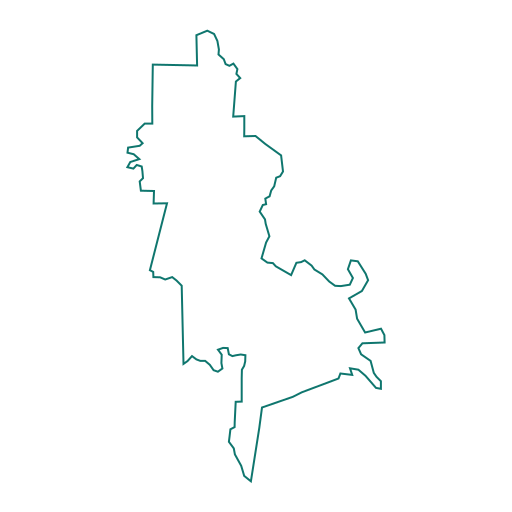 the district of Viadutos, Rio Grande do Sul, Brazil
{"feature_id": "56859067B3456696315271", "entity_name": "Viadutos", "entity_type": "district", "adm_level": 2, "iso_a3": "BRA", "parent_name": "Brazil", "parent_adm1": "Rio Grande do Sul", "projection": "equal_earth", "projection_center": [-51.984, -27.576], "detail": "fine", "context": "isolated", "style": "outline", "palette": "teal", "viewbox_px": 512, "rotation_deg": 0, "n_neighbors": 0, "source": "geoboundaries", "source_scale": "gbopen_adm2", "svg_char_len": 1970}
<svg xmlns="http://www.w3.org/2000/svg" viewBox="0 0 512 512"><path d="M228.9,441.8L233.8,448.4L234.9,454.4L241.2,465.8L244.2,475.9L250.9,481.3L259.3,427.8L262.0,407.5L292.9,396.8L301.8,392.3L338.5,378.5L340.4,373.5L352.2,374.9L350.0,368.3L358.4,369.7L365.5,375.8L376.0,387.9L380.9,388.8L380.9,381.2L376.5,376.8L373.8,372.9L370.6,360.9L361.1,354.3L358.4,348.1L362.4,343.3L384.6,342.5L384.4,335.1L381.0,328.7L365.1,332.5L357.1,318.7L355.6,309.6L349.0,298.4L361.9,291.0L368.1,280.2L365.7,273.8L357.8,261.3L350.9,260.4L347.9,269.2L352.9,278.0L349.8,284.7L340.8,286.1L335.1,285.8L329.2,281.5L322.4,274.4L314.4,269.5L311.6,265.6L304.7,260.3L301.1,262.1L296.4,262.8L291.1,275.1L275.8,266.3L272.9,263.1L267.4,262.6L261.5,258.4L266.1,242.5L269.4,236.3L265.7,223.8L265.0,219.4L259.7,211.6L262.8,205.0L266.1,204.2L265.3,198.6L269.6,196.3L271.2,190.5L274.2,186.3L276.2,177.7L280.1,176.2L283.0,171.5L281.1,155.4L265.2,143.9L255.5,136.0L244.2,136.3L244.3,128.6L244.3,116.1L233.2,116.6L235.9,81.5L240.2,78.1L236.4,73.9L237.4,69.1L233.4,63.6L229.4,65.8L225.6,64.1L223.8,59.2L218.5,54.5L218.9,49.5L217.4,41.0L214.1,34.0L207.3,30.7L196.4,35.2L197.1,65.5L188.8,65.3L152.8,64.6L152.2,105.9L152.3,123.6L144.7,123.6L137.1,130.9L137.1,137.4L142.6,143.2L139.7,145.8L128.1,147.6L127.5,152.7L133.7,154.2L139.3,159.1L130.3,162.0L127.4,167.2L133.4,168.6L136.7,165.0L141.7,166.5L142.4,171.1L143.0,178.2L139.7,181.4L140.9,190.7L154.0,191.0L153.6,203.5L167.0,203.3L149.9,270.2L153.2,271.9L153.4,277.1L160.1,277.3L165.2,279.5L172.2,277.1L176.5,280.5L181.7,285.7L183.5,363.9L187.5,361.1L192.0,356.1L196.4,359.4L200.4,360.9L205.2,360.9L209.8,364.8L213.6,370.2L217.9,371.7L222.4,368.5L221.4,363.1L221.7,354.7L218.0,349.7L223.1,347.9L227.7,348.1L228.9,354.3L232.4,356.1L235.8,355.3L240.7,354.5L245.4,355.2L245.2,361.4L244.1,366.0L241.9,369.7L241.7,378.1L241.7,393.8L241.7,401.6L235.7,401.8L234.7,422.2L234.6,427.1L230.4,429.3L229.6,436.1L228.9,441.8Z" fill="none" stroke="#0f766e" stroke-width="2"/></svg>